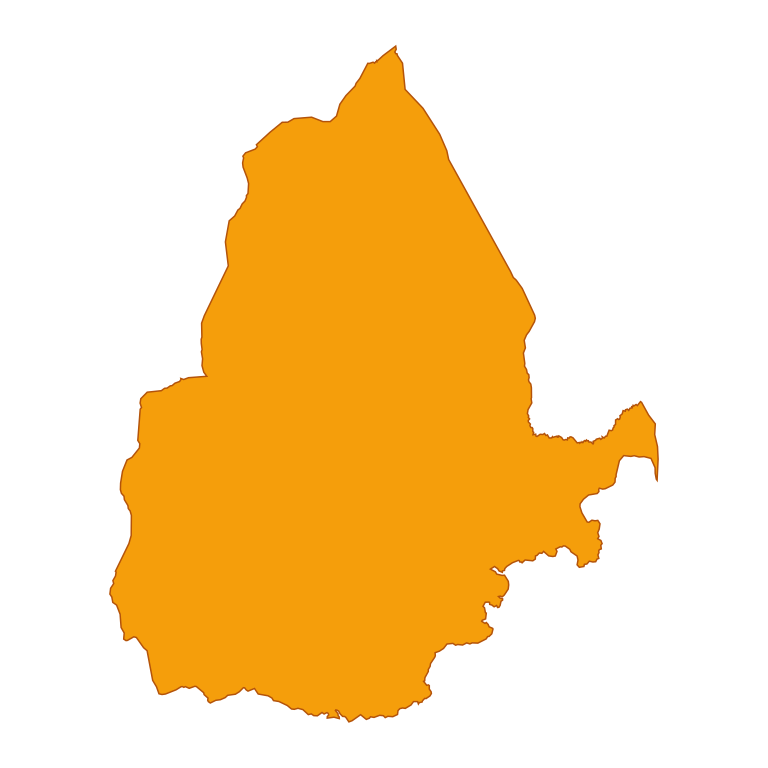 Pru West, Brong Ahafo, Ghana
{"feature_id": "2480657B32965552352903", "entity_name": "Pru West", "entity_type": "district", "adm_level": 2, "iso_a3": "GHA", "parent_name": "Ghana", "parent_adm1": "Brong Ahafo", "projection": "robinson", "projection_center": [-1.234, 8.037], "detail": "fine", "context": "isolated", "style": "filled", "palette": "amber", "viewbox_px": 768, "rotation_deg": 0, "n_neighbors": 0, "source": "geoboundaries", "source_scale": "gbopen_adm2", "svg_char_len": 6099}
<svg xmlns="http://www.w3.org/2000/svg" viewBox="0 0 768 768"><path d="M273.5,700.6L278.9,701.5L287.3,705.5L291.5,709.0L294.3,709.3L298.0,708.3L302.9,709.6L308.3,714.6L311.3,713.9L313.7,715.6L317.4,715.8L322.0,712.5L324.1,714.0L327.0,712.6L328.2,713.4L328.7,715.0L327.3,716.5L327.2,718.1L334.0,717.2L339.3,718.6L339.2,716.9L338.1,715.6L338.0,713.7L335.4,710.5L335.8,709.9L336.9,710.1L338.6,711.0L340.2,713.9L342.6,716.4L344.6,716.5L345.8,717.3L348.9,721.9L352.1,720.7L360.6,714.7L366.3,719.4L369.4,718.2L370.5,716.8L374.0,717.4L379.7,715.3L383.4,715.7L385.2,717.6L387.9,716.3L392.8,716.7L397.5,714.5L398.0,710.6L399.9,708.6L402.6,708.0L405.3,708.4L411.0,705.0L413.5,701.6L417.6,701.6L418.4,704.0L419.3,702.6L422.1,702.0L422.4,700.9L424.7,698.4L426.0,698.6L429.9,696.0L431.4,693.5L431.1,691.7L429.3,689.1L429.3,685.6L428.4,684.9L426.7,685.3L423.6,681.3L424.7,680.8L424.9,677.7L428.3,671.5L428.3,669.5L430.1,666.4L430.5,663.6L434.7,657.3L435.3,655.8L435.1,652.7L439.3,651.2L443.5,648.5L447.0,644.0L452.9,643.4L455.6,645.2L457.7,644.5L462.6,645.0L466.7,642.9L469.9,643.9L472.1,642.9L477.9,643.1L486.2,638.9L487.6,636.6L489.1,636.4L491.8,633.8L493.0,629.0L492.6,628.3L489.1,626.8L488.1,624.4L486.3,622.5L485.0,623.4L481.7,621.3L482.2,620.3L485.6,618.9L486.3,613.1L485.4,612.6L484.5,607.8L483.0,606.3L485.3,602.2L488.6,602.1L489.5,602.3L489.7,604.4L491.8,605.0L494.1,606.8L496.6,605.5L497.6,607.5L498.9,607.3L500.1,605.4L501.0,601.3L502.6,600.1L502.6,598.8L500.1,598.1L498.5,596.5L500.3,596.1L502.3,596.8L504.3,595.0L508.2,589.1L508.7,584.9L508.3,581.3L504.5,575.2L502.1,575.4L496.7,574.1L495.4,571.8L490.4,569.1L494.5,566.5L497.6,568.6L499.1,571.0L502.3,572.3L502.4,570.9L504.5,570.4L504.8,568.6L506.8,566.4L512.5,562.7L518.3,560.4L519.2,560.6L519.8,562.0L521.6,562.1L522.1,562.8L525.1,560.0L532.8,560.8L535.3,559.1L535.5,555.9L537.0,555.4L539.3,553.0L541.9,553.3L543.6,551.4L548.7,555.9L552.9,556.5L555.3,556.0L557.0,551.4L555.8,549.0L560.1,546.8L561.9,547.0L563.4,545.9L565.3,546.1L568.7,548.5L569.8,549.3L571.0,551.8L577.1,556.0L578.0,560.1L577.1,564.8L579.3,567.3L583.9,566.5L584.4,564.3L586.9,564.0L589.3,561.2L592.9,562.0L595.7,561.7L597.0,559.1L598.8,558.4L597.9,554.9L599.0,552.6L598.7,550.9L599.4,549.6L601.3,548.9L600.8,545.3L602.1,543.6L600.9,540.5L597.7,538.7L599.0,536.5L597.7,532.7L599.2,529.1L600.0,523.8L597.8,520.4L595.1,520.8L591.9,520.2L588.9,522.3L587.2,522.0L581.9,512.9L579.9,506.7L580.1,503.8L583.5,499.2L588.6,495.0L597.2,493.5L598.9,491.6L598.7,489.6L599.3,488.2L602.7,489.1L605.3,488.7L612.8,485.0L615.0,482.1L615.2,478.2L616.1,476.7L616.1,474.6L619.4,460.7L623.7,455.6L630.9,456.4L634.2,455.7L639.1,457.0L644.1,456.6L651.0,458.4L655.1,467.7L655.2,473.3L656.3,479.2L657.1,480.3L658.1,459.2L657.5,446.6L654.7,434.6L655.3,423.9L648.6,415.1L641.6,402.4L640.5,401.6L637.3,405.6L636.1,404.5L634.1,405.8L633.1,405.3L632.9,406.4L631.8,406.6L632.2,407.8L630.0,408.2L628.7,410.4L627.3,409.1L625.5,409.8L625.3,411.2L623.1,410.6L622.2,413.9L619.9,415.8L620.3,417.0L619.5,419.3L618.5,419.5L617.7,418.7L615.6,420.0L615.5,424.5L614.0,425.6L614.1,426.9L613.1,428.0L612.6,430.0L611.3,430.7L609.1,430.2L606.8,436.2L605.6,436.2L604.1,438.0L602.2,436.8L602.5,438.1L600.8,439.4L599.8,438.2L596.3,439.2L595.6,440.3L593.1,441.4L593.6,442.9L593.0,443.9L590.9,442.0L588.9,442.0L588.4,440.7L587.1,440.8L586.6,440.0L585.5,441.2L584.9,440.5L584.1,440.9L582.9,442.5L582.1,441.9L582.0,442.5L580.5,442.3L579.8,443.2L579.4,442.5L577.2,442.9L573.0,437.8L570.9,436.8L569.7,437.1L569.1,438.1L567.7,437.9L567.4,439.9L565.7,439.5L564.2,440.1L563.0,439.7L561.6,437.5L558.8,435.9L558.2,437.1L557.3,437.1L557.1,436.1L552.8,437.4L552.5,436.7L551.5,437.9L549.2,438.0L547.4,434.9L545.9,435.5L544.5,433.5L543.0,434.5L540.2,434.3L537.0,436.5L536.0,436.1L535.7,434.2L533.0,434.7L533.7,432.3L532.8,431.6L532.8,428.6L532.2,427.6L530.8,427.5L529.9,425.6L530.4,424.1L528.4,422.0L528.2,420.6L529.6,418.9L528.3,417.4L528.7,415.9L527.4,413.7L528.0,409.7L531.8,402.9L531.1,398.7L531.5,397.7L531.4,387.7L530.8,384.1L528.9,381.6L528.5,379.8L529.1,377.6L528.8,374.7L527.2,373.1L526.5,369.5L524.5,366.2L524.8,363.4L523.4,353.0L525.4,347.9L524.2,340.3L526.5,334.9L529.2,331.3L534.5,321.7L535.3,318.3L534.6,315.1L522.2,288.4L516.2,280.1L513.3,277.5L510.5,271.5L448.7,159.6L446.8,150.7L439.7,134.3L423.0,108.3L405.1,89.4L402.5,63.2L397.4,55.5L397.0,53.8L395.8,53.7L394.8,52.0L396.2,49.3L395.7,46.1L383.0,55.7L377.8,60.5L376.7,60.4L376.9,61.8L375.7,61.7L374.6,63.1L373.1,62.2L369.5,63.4L367.8,63.3L359.9,78.4L356.1,83.3L355.1,86.1L346.0,95.5L339.9,104.2L336.5,116.1L330.2,121.6L322.9,121.6L311.6,117.2L294.0,118.6L287.8,122.2L282.2,122.3L270.2,132.1L256.4,144.7L257.4,146.7L255.2,149.1L245.6,152.8L242.9,156.2L243.6,157.9L242.6,163.0L243.1,167.2L247.2,178.0L248.6,183.6L248.0,193.5L246.4,195.6L246.5,197.3L245.0,201.0L242.2,203.9L240.0,208.4L237.9,210.0L234.7,216.0L229.2,220.8L225.4,241.9L228.3,265.9L204.3,315.7L201.6,323.2L201.9,337.1L201.2,339.3L201.3,343.5L202.1,349.5L201.4,351.8L202.6,358.8L202.0,365.6L203.8,372.2L206.8,376.3L188.5,377.7L183.7,379.5L180.8,378.5L181.0,379.4L179.6,381.5L174.9,383.2L172.1,385.6L170.2,385.9L167.1,388.1L164.6,388.3L161.3,390.7L147.2,392.2L140.8,398.7L140.1,403.1L141.5,407.5L140.2,409.2L137.8,440.4L139.8,443.7L139.4,448.0L131.9,457.4L127.0,460.0L122.5,471.3L120.6,483.1L120.4,489.7L121.4,493.3L124.0,496.2L124.4,499.7L127.9,505.5L128.3,508.6L130.1,510.9L131.4,515.4L131.2,535.5L128.9,543.6L115.4,571.3L116.1,572.1L115.5,576.0L112.9,580.6L113.7,583.6L110.6,588.3L109.9,594.1L111.8,597.0L112.8,602.4L116.6,605.1L120.1,614.2L121.1,627.5L124.2,633.0L123.7,639.1L126.0,640.6L127.5,640.4L133.8,636.8L136.4,637.5L143.6,647.7L147.1,650.7L152.7,680.4L156.5,686.8L159.0,693.8L162.0,694.5L165.5,694.0L176.1,689.8L181.1,686.7L182.6,686.6L183.8,687.3L185.4,686.6L189.2,688.3L194.8,686.3L196.3,686.5L203.7,692.7L204.1,694.6L208.0,698.1L207.7,700.2L208.3,701.6L210.3,703.0L215.8,700.3L220.4,699.7L225.2,697.6L227.7,695.3L235.4,694.2L239.4,691.7L243.4,687.7L244.6,687.8L246.2,689.9L248.0,691.1L254.5,688.5L258.2,694.0L268.1,695.8L271.9,698.0L273.5,700.6Z" fill="#f59e0b" stroke="#b45309" stroke-width="1.5"/></svg>